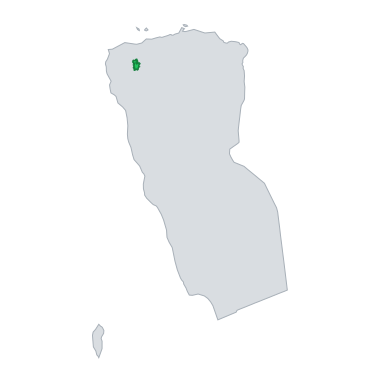 location of At Ta'iziyah, Ta`izz, Yemen, rotated 91°
{"feature_id": "15242507B60919761418244", "entity_name": "At Ta'iziyah", "entity_type": "district", "adm_level": 2, "iso_a3": "YEM", "parent_name": "Yemen", "parent_adm1": "Ta`izz", "projection": "mercator", "projection_center": [44.019, 13.682], "detail": "fine", "context": "in_parent", "style": "filled", "palette": "green", "viewbox_px": 384, "rotation_deg": 91, "n_neighbors": 0, "source": "geoboundaries", "source_scale": "gbopen_adm2", "svg_char_len": 4821}
<svg xmlns="http://www.w3.org/2000/svg" viewBox="0 0 384 384"><g transform="rotate(91 192 192)"><path d="M319.4,163.9L305.3,169.1L301.6,171.4L298.2,174.3L295.7,177.8L293.9,184.1L295.3,189.8L295.1,192.9L291.5,194.9L288.1,196.3L284.3,198.6L282.0,199.1L280.1,200.9L278.0,202.1L270.1,205.3L261.5,207.8L247.9,210.8L242.6,214.0L237.8,216.2L230.5,216.8L220.5,219.9L214.9,222.3L208.0,226.3L206.5,227.6L205.3,230.5L203.1,233.0L199.0,237.2L195.9,239.3L193.8,239.4L189.7,240.6L184.9,240.8L176.9,239.4L174.8,240.4L173.1,242.0L166.9,244.8L160.6,250.5L156.0,252.0L148.5,253.8L143.3,256.1L139.8,257.1L135.3,257.6L126.9,257.3L119.0,258.2L111.6,259.8L108.2,262.8L104.3,267.6L97.8,269.6L96.3,271.3L94.3,274.8L90.2,275.7L86.4,276.3L82.6,274.8L75.3,279.0L72.6,279.7L68.4,279.9L65.5,280.8L63.3,280.5L60.7,278.9L55.1,276.9L51.0,278.2L50.6,274.1L43.8,261.8L45.2,251.1L45.2,249.6L43.9,244.8L39.8,240.4L39.9,234.9L38.6,230.9L37.5,226.8L37.8,225.7L37.9,224.7L35.8,218.4L35.1,217.1L34.9,215.8L35.6,214.8L35.5,213.6L34.4,211.7L33.3,208.0L27.8,205.1L28.9,202.4L29.9,203.4L31.4,204.2L31.7,202.4L31.7,201.1L29.4,192.9L32.8,181.9L31.7,172.0L36.9,168.0L38.3,166.8L39.0,165.7L40.3,163.5L41.9,162.7L42.5,160.4L42.5,159.2L41.4,158.1L40.6,155.4L40.9,151.8L41.1,150.4L41.7,147.7L43.5,146.7L43.9,145.9L42.5,144.2L42.7,143.1L45.8,140.3L47.0,139.4L49.0,138.5L50.6,138.6L52.4,139.1L54.0,139.9L55.6,141.3L57.3,143.0L59.8,143.6L61.6,143.4L63.0,144.2L64.2,143.8L65.5,142.9L67.7,143.0L69.7,142.0L75.2,141.5L80.6,141.8L86.2,141.0L91.8,141.1L97.4,141.1L98.7,141.3L99.9,141.8L104.6,144.3L108.2,144.8L115.5,145.5L123.2,146.3L129.9,146.9L135.6,146.3L140.3,145.8L141.6,145.9L143.0,147.5L145.8,151.4L148.5,155.0L153.2,155.2L156.2,153.8L159.5,151.9L161.6,150.4L163.9,144.4L165.4,140.5L168.9,136.2L171.8,132.5L175.6,127.7L177.8,125.0L182.0,119.7L186.0,117.7L193.8,113.7L201.4,109.8L206.3,107.2L210.5,106.0L217.6,105.0L225.9,103.8L234.2,102.7L243.1,101.4L252.9,100.0L259.7,99.0L268.3,97.8L275.5,96.8L281.9,95.9L288.4,95.0L289.7,97.9L290.9,100.9L292.1,103.8L293.4,106.8L294.6,109.7L295.9,112.7L297.1,115.6L298.3,118.5L299.6,121.5L300.8,124.4L302.0,127.4L303.3,130.3L304.5,133.2L305.8,136.2L307.0,139.1L308.2,142.0L309.5,144.9L311.4,145.8L312.6,148.5L314.3,152.4L316.0,156.2L317.7,160.1L319.4,163.9ZM338.4,279.9L340.1,280.3L342.7,279.3L350.2,279.2L359.3,282.3L357.6,283.2L356.6,284.3L352.6,285.4L348.6,287.9L337.1,289.0L333.8,288.4L331.0,286.0L325.9,282.9L327.9,280.9L328.3,280.0L329.1,279.2L332.0,277.7L334.9,277.9L338.4,279.9ZM31.4,241.6L31.0,242.2L30.5,242.1L28.8,240.5L30.7,238.8L31.7,240.4L31.4,241.6ZM25.9,203.1L25.0,203.7L24.7,202.6L25.3,200.1L26.2,199.3L26.8,201.2L26.4,202.2L25.9,203.1ZM30.5,249.3L28.6,250.2L29.9,247.9L31.2,247.4L31.6,247.5L30.5,249.3Z" fill="#d9dde1" stroke="#a8b0b8" stroke-width="1"/><path d="M69.9,248.0L69.6,248.0L69.4,248.0L69.2,248.1L68.9,248.0L68.7,247.9L68.4,247.7L68.2,247.5L68.0,247.4L67.9,247.3L67.8,247.2L67.7,247.0L67.5,247.3L67.4,247.4L66.9,247.5L66.7,247.5L66.5,247.4L66.4,247.4L66.1,247.3L66.0,247.2L65.9,247.2L65.7,247.2L65.3,246.9L65.2,246.8L65.0,246.7L64.8,246.5L64.7,246.7L64.5,246.8L64.4,246.8L64.3,246.7L64.2,246.7L64.0,246.8L63.9,247.0L63.9,247.3L64.0,247.4L64.0,247.6L64.2,247.9L64.3,248.1L64.3,248.3L64.2,248.5L64.2,248.8L64.3,248.8L64.5,249.0L64.7,249.3L64.8,249.4L64.6,249.5L64.5,249.8L64.4,249.9L64.2,249.9L64.1,250.0L63.9,250.1L63.8,249.8L63.8,249.7L63.9,249.4L63.5,249.3L63.3,249.2L63.2,249.2L63.2,248.9L62.9,248.6L62.6,248.7L62.5,248.8L62.4,248.8L62.3,249.2L62.2,249.5L62.0,249.8L61.9,249.9L61.8,250.1L61.7,250.0L61.5,249.9L61.4,249.8L61.5,249.7L61.4,249.4L61.3,249.2L61.2,249.3L61.1,249.5L61.0,249.8L60.8,249.6L60.5,249.4L60.3,249.5L60.3,249.8L60.3,250.1L60.5,250.4L60.8,250.6L61.2,250.7L61.4,250.7L61.5,251.1L61.5,251.4L61.5,252.2L61.5,252.5L61.4,252.6L61.4,252.9L61.5,253.1L61.8,253.2L62.0,253.0L62.3,253.2L62.9,253.2L63.1,253.1L63.3,253.2L63.3,253.3L63.5,253.2L63.6,252.9L63.9,252.7L64.1,252.6L64.1,252.4L64.2,252.2L64.2,252.3L64.3,252.3L64.3,252.2L64.4,252.3L64.5,252.4L64.6,252.5L64.8,252.4L64.8,252.5L64.8,252.4L65.0,252.4L65.1,252.5L65.3,252.4L65.3,252.5L65.2,252.1L65.2,251.9L65.3,251.9L65.5,251.9L65.8,252.0L66.0,252.2L66.4,252.2L66.5,252.2L66.5,252.3L66.6,252.2L66.9,252.2L66.9,252.3L67.0,252.3L67.0,252.2L67.3,252.2L67.6,252.2L67.8,252.2L67.9,252.3L68.1,252.2L68.0,251.9L68.1,251.7L68.3,251.7L68.4,251.8L68.2,252.0L68.2,252.3L68.3,252.3L68.5,252.5L68.8,252.7L69.0,252.5L69.0,252.4L69.1,252.2L69.1,251.9L69.3,252.0L69.6,252.1L70.1,252.0L70.4,251.8L70.5,251.9L71.1,251.9L71.2,251.7L71.2,251.4L71.0,251.2L70.9,251.0L70.9,250.9L70.7,250.8L70.2,250.8L70.2,250.7L70.2,250.8L70.1,250.7L70.2,250.4L70.1,250.0L70.1,249.7L70.3,249.5L70.4,249.4L70.5,249.3L70.6,249.2L70.8,249.0L70.8,248.9L70.8,248.7L70.7,248.7L70.4,248.4L70.3,248.2L70.1,248.0L69.9,248.0Z" fill="#22c55e" stroke="#15803d" stroke-width="1.5"/></g></svg>